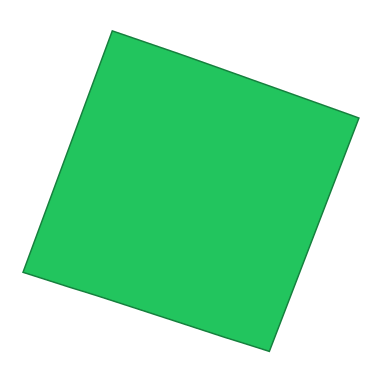 outline of Caswell, North Carolina, United States of America, rotated 198°
{"feature_id": "52423323B10780727675908", "entity_name": "Caswell", "entity_type": "district", "adm_level": 2, "iso_a3": "USA", "parent_name": "United States of America", "parent_adm1": "North Carolina", "projection": "albers", "projection_center": [-79.34, 36.392], "detail": "fine", "context": "isolated", "style": "filled", "palette": "green", "viewbox_px": 384, "rotation_deg": 198, "n_neighbors": 0, "source": "geoboundaries", "source_scale": "gbopen_adm2", "svg_char_len": 383}
<svg xmlns="http://www.w3.org/2000/svg" viewBox="0 0 384 384"><g transform="rotate(198 192 192)"><path d="M317.6,320.6L327.9,63.4L279.4,63.6L278.8,63.6L272.6,63.7L251.1,64.0L186.7,64.0L116.0,63.9L115.8,63.9L99.3,64.1L71.3,64.3L69.2,64.3L56.1,313.9L60.5,314.1L163.8,317.1L171.3,317.3L190.8,317.9L246.3,319.4L317.6,320.6Z" fill="#22c55e" stroke="#15803d" stroke-width="1.5"/></g></svg>